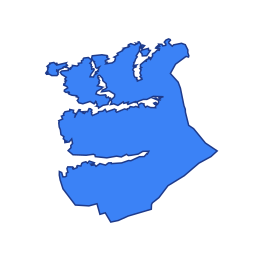 Snillfjord nor, Sør-Trøndelag, Norway, rotated 12°
{"feature_id": "86288312B69677732452167", "entity_name": "Snillfjord nor", "entity_type": "district", "adm_level": 2, "iso_a3": "NOR", "parent_name": "Norway", "parent_adm1": "Sør-Trøndelag", "projection": "orthographic", "projection_center": [9.339, 63.426], "detail": "fine", "context": "isolated", "style": "filled", "palette": "blue", "viewbox_px": 256, "rotation_deg": 12, "n_neighbors": 0, "source": "geoboundaries", "source_scale": "gbopen_adm2", "svg_char_len": 5638}
<svg xmlns="http://www.w3.org/2000/svg" viewBox="0 0 256 256"><g transform="rotate(12 128 128)"><path d="M172.4,46.0L172.5,44.7L170.8,41.9L170.3,39.2L166.7,34.6L162.7,34.0L155.3,37.2L154.3,38.8L150.2,36.4L150.0,35.4L151.3,33.3L150.8,32.7L149.2,32.4L146.9,34.0L145.6,36.5L147.6,38.0L147.7,39.3L144.9,40.5L143.8,39.1L140.5,39.6L142.1,41.7L140.4,42.6L140.1,41.3L139.0,42.8L140.2,42.6L138.9,44.1L142.4,44.0L142.4,45.5L140.5,45.7L138.3,49.0L136.5,50.2L137.0,50.0L136.5,50.7L137.1,52.5L135.8,56.3L134.8,55.6L134.9,54.5L133.6,54.3L133.3,56.3L132.0,57.1L132.0,59.5L131.3,58.0L127.0,63.5L127.4,65.6L128.7,66.0L127.3,67.5L128.7,68.4L128.2,71.7L129.9,73.8L129.0,75.3L131.1,76.3L130.7,76.8L131.5,77.5L127.5,80.1L127.3,79.0L126.3,78.9L126.2,76.9L124.4,77.1L122.9,75.5L121.9,72.6L122.1,71.4L120.5,70.1L121.1,68.0L123.2,66.5L122.4,65.9L123.3,64.6L121.4,65.4L120.9,67.3L120.2,66.5L120.4,63.3L120.0,62.7L120.7,62.1L121.1,58.8L122.2,56.5L121.0,55.8L123.1,50.1L122.6,46.9L124.2,46.1L123.2,45.9L124.1,45.2L125.4,45.9L124.4,47.7L125.0,47.8L127.1,44.0L124.9,43.8L123.2,44.9L123.1,43.4L120.9,41.4L120.0,41.8L120.3,42.5L119.7,43.5L118.0,43.5L118.9,44.1L117.3,45.4L113.2,44.9L111.0,46.6L111.1,47.7L112.1,47.5L112.4,47.8L111.4,48.9L107.0,50.9L107.8,51.2L106.3,52.9L106.6,53.4L101.9,57.3L103.1,58.6L99.6,61.6L101.1,61.9L101.4,63.8L101.0,64.2L101.1,65.4L99.0,67.6L93.0,69.8L93.9,68.0L92.2,68.0L91.8,66.8L95.0,64.3L92.6,63.3L92.5,62.6L93.1,62.0L92.5,61.5L87.3,61.8L78.0,64.8L77.9,67.2L80.1,69.8L81.4,70.0L81.2,70.9L82.9,72.9L83.8,75.4L85.1,76.0L87.4,74.2L86.7,76.1L87.1,77.2L86.3,78.2L86.9,78.9L84.6,79.9L84.6,81.2L85.9,81.2L84.0,83.3L83.7,85.3L80.2,85.8L80.6,83.0L82.8,78.1L82.2,77.1L80.3,78.1L79.8,76.1L80.1,75.6L79.2,75.3L78.9,73.3L77.2,72.6L78.2,71.0L78.1,69.0L74.6,67.3L70.4,68.7L69.8,69.4L70.0,70.6L68.5,71.9L69.1,73.9L65.9,75.1L66.7,76.5L65.4,78.0L60.6,78.3L60.9,79.5L59.3,81.0L59.8,81.5L59.5,82.4L56.8,81.7L58.2,82.7L57.4,83.2L57.6,84.1L51.4,86.0L50.1,87.6L52.0,89.4L57.1,91.2L56.0,93.2L57.8,94.5L56.6,95.3L57.4,95.8L57.0,97.5L57.7,97.6L56.1,98.2L56.2,99.4L59.6,100.1L60.7,101.3L57.9,104.1L58.1,105.4L60.0,106.1L62.6,105.0L63.2,105.6L62.5,106.6L63.3,107.1L66.4,107.6L71.2,107.1L71.5,107.6L71.1,108.2L73.2,108.4L73.4,110.3L72.6,111.6L74.8,113.6L78.8,113.7L85.4,109.9L89.8,111.4L90.9,108.6L91.7,109.2L91.8,110.4L93.0,111.0L92.8,112.3L93.5,112.8L92.8,113.2L94.7,113.3L95.1,114.6L98.8,111.0L103.5,109.1L103.4,107.6L104.6,104.3L104.1,103.1L105.3,102.1L103.6,102.8L102.3,101.7L101.1,102.8L99.8,102.1L99.8,100.8L99.2,100.2L93.6,101.9L89.5,101.3L89.9,98.6L94.2,94.7L94.0,93.9L94.8,93.3L89.2,93.1L90.7,89.8L89.8,89.0L90.5,87.6L88.5,85.6L89.0,85.0L87.7,84.5L87.9,82.9L89.4,82.4L92.8,84.8L93.6,87.0L97.4,89.1L98.1,91.7L99.0,92.5L98.1,94.2L95.2,96.2L94.6,98.1L101.7,95.5L108.0,97.8L108.3,100.2L105.5,104.3L106.7,106.0L106.0,108.7L109.1,107.3L113.4,108.0L117.9,103.5L118.8,104.8L122.8,102.7L122.4,104.5L123.0,105.0L128.7,101.2L130.2,101.8L129.4,101.0L130.2,100.4L132.1,101.8L131.7,100.5L132.4,99.8L136.9,96.9L140.5,96.1L146.1,91.8L156.2,90.0L152.5,92.1L151.4,91.6L153.4,92.7L152.4,93.2L153.0,93.8L151.5,93.7L152.0,94.4L149.1,92.9L146.8,93.7L152.2,94.7L152.6,96.8L152.0,98.6L149.8,97.2L148.0,98.4L149.1,99.3L151.3,99.1L150.3,101.4L150.8,102.4L145.7,103.3L142.2,102.6L140.8,104.1L138.8,102.3L138.7,101.1L135.6,101.0L133.4,103.2L134.2,105.6L131.1,105.2L129.5,106.4L125.7,106.6L125.1,108.4L123.4,109.3L123.5,110.2L120.6,110.1L113.6,115.0L112.3,114.0L112.7,112.8L110.8,112.3L103.7,116.7L101.7,114.5L99.7,116.9L95.8,118.2L95.7,119.6L90.6,123.2L89.3,121.8L89.5,120.2L88.5,119.7L89.0,117.9L87.3,117.0L85.9,117.1L85.1,120.5L83.5,120.6L82.3,122.9L80.7,122.6L81.4,121.2L78.9,121.9L76.9,121.1L77.3,120.1L76.3,120.2L75.9,121.0L76.8,121.1L75.0,123.2L74.7,125.1L73.9,126.8L73.9,128.1L73.7,128.2L73.9,124.9L71.2,124.4L71.1,122.0L67.2,122.0L67.5,123.4L63.0,125.2L61.9,127.6L62.6,128.8L60.4,130.3L62.2,132.8L58.7,135.3L59.5,136.4L59.2,137.3L60.5,141.3L62.2,143.8L63.8,148.4L67.1,149.8L66.9,152.0L68.4,152.6L68.7,153.6L70.2,153.6L69.1,154.6L69.3,155.4L73.3,153.9L75.2,150.4L77.0,154.6L75.7,156.9L76.3,159.2L74.1,162.6L79.7,165.6L92.8,163.3L99.6,160.9L101.2,161.1L102.0,162.8L113.5,161.6L122.7,157.9L127.5,157.7L132.0,154.0L134.1,154.9L136.8,154.0L143.4,151.4L147.3,147.8L153.2,146.4L152.4,149.3L151.8,149.0L149.8,152.6L145.2,153.7L137.6,159.4L135.3,159.7L129.0,163.5L119.1,166.3L118.8,165.5L116.2,166.2L113.7,169.0L107.9,168.6L104.7,172.2L103.1,171.0L99.4,172.4L100.4,171.4L99.2,171.0L102.0,170.0L102.4,169.0L97.0,168.4L95.7,170.8L93.8,169.8L91.1,171.2L90.1,172.2L89.8,175.0L86.6,175.2L86.2,176.2L86.7,176.3L86.0,176.2L86.5,177.3L83.3,179.5L82.4,179.4L82.2,178.7L82.7,178.1L82.0,177.6L77.2,178.5L76.7,180.3L78.4,183.9L77.0,185.0L77.8,187.7L76.5,188.9L74.5,189.3L72.4,185.4L69.9,184.8L70.6,188.4L72.5,193.0L77.1,201.1L92.5,214.3L106.0,212.3L113.4,208.5L118.5,218.3L123.4,215.7L130.7,223.6L137.7,220.5L146.6,214.0L167.7,202.6L166.9,198.0L167.4,196.1L172.7,189.7L179.1,176.1L192.9,163.0L204.6,147.7L215.1,138.7L220.0,131.9L206.8,126.6L192.3,115.0L186.8,112.8L180.9,100.7L180.1,97.7L178.1,94.6L171.0,78.2L167.5,72.7L158.1,65.9L161.2,55.7L169.9,45.9L172.4,46.0ZM53.8,77.2L45.1,81.3L44.2,80.7L45.5,79.3L43.1,80.1L41.9,79.3L37.3,81.2L39.0,80.8L36.0,84.5L37.6,85.0L36.8,86.0L37.5,86.8L37.2,88.6L38.3,90.6L37.6,91.3L36.6,90.3L36.1,91.4L37.2,92.4L39.8,91.7L42.5,92.6L47.6,91.5L48.6,89.7L47.9,88.8L48.1,87.9L46.4,87.2L46.2,86.2L47.9,86.7L48.2,85.9L47.6,85.8L52.1,82.8L51.8,82.2L52.3,81.7L56.7,81.5L53.8,80.8L55.7,79.3L53.5,77.7L53.8,77.2ZM131.4,45.9L125.7,48.7L124.0,50.8L126.2,52.4L127.0,54.5L131.3,53.4L133.7,47.5L131.9,47.6L131.4,45.9Z" fill="#3b82f6" stroke="#1e3a8a" stroke-width="1.5"/></g></svg>